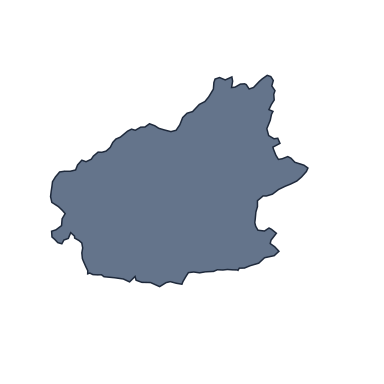 Pachna, Limassol, Cyprus, rotated 229°
{"feature_id": "46923920B95512444648748", "entity_name": "Pachna", "entity_type": "district", "adm_level": 2, "iso_a3": "CYP", "parent_name": "Cyprus", "parent_adm1": "Limassol", "projection": "equal_earth", "projection_center": [32.786, 34.766], "detail": "fine", "context": "isolated", "style": "filled", "palette": "slate", "viewbox_px": 384, "rotation_deg": 229, "n_neighbors": 0, "source": "geoboundaries", "source_scale": "gbopen_adm2", "svg_char_len": 2222}
<svg xmlns="http://www.w3.org/2000/svg" viewBox="0 0 384 384"><g transform="rotate(229 192 192)"><path d="M102.7,175.3L103.5,177.7L100.2,181.7L98.2,187.6L94.5,195.7L94.8,203.6L90.0,212.3L90.2,218.7L96.3,218.5L101.8,217.2L103.8,220.0L104.7,224.6L105.5,228.6L111.7,227.5L114.3,226.5L115.0,221.1L119.9,216.7L124.4,217.6L127.7,219.3L130.2,222.1L135.0,227.1L138.0,231.8L142.5,235.7L142.4,243.1L140.2,245.5L137.6,251.3L137.1,259.1L135.2,266.1L133.3,271.6L131.5,278.3L131.5,284.6L132.4,291.7L134.0,295.2L138.8,294.1L147.0,289.1L152.5,288.9L155.9,287.5L157.9,281.9L159.9,278.6L164.7,279.4L170.7,281.5L172.8,282.5L171.0,290.3L176.3,292.0L178.4,288.8L184.3,286.9L190.7,290.0L194.8,298.1L198.5,303.0L199.7,306.0L203.7,304.1L206.0,309.3L207.5,314.4L212.1,317.8L214.0,321.1L219.7,321.8L222.8,326.5L227.4,327.2L230.7,325.3L231.3,319.2L231.3,315.4L230.5,307.0L232.3,302.7L237.5,303.4L239.1,302.7L241.7,299.3L242.9,293.2L244.9,290.4L249.0,295.4L252.4,297.4L252.7,297.6L254.8,290.6L260.3,287.9L262.1,283.5L260.3,280.4L255.6,275.6L253.3,268.5L252.8,266.9L251.8,261.1L253.3,255.0L252.3,245.2L254.7,240.0L254.3,233.8L250.7,226.9L249.0,220.5L251.4,215.7L256.9,211.9L261.9,208.7L266.4,207.4L271.4,204.7L271.9,199.1L274.6,195.8L275.8,189.7L279.1,187.6L280.2,183.3L280.3,178.5L280.4,174.0L281.9,169.3L281.4,164.8L279.3,159.6L279.2,154.1L281.1,150.0L283.7,147.3L283.8,141.1L282.8,137.5L284.4,131.9L288.3,129.7L287.5,123.4L285.0,118.6L287.6,113.6L291.3,109.4L294.0,105.2L293.7,103.5L293.0,99.0L291.3,93.5L287.7,89.5L285.0,86.3L281.3,82.2L276.1,79.4L268.7,81.6L263.0,82.1L258.9,82.1L257.0,76.4L252.2,71.5L252.7,64.5L254.5,60.3L251.6,58.1L249.9,56.8L246.3,57.3L241.8,57.5L238.3,59.8L239.8,63.8L238.1,68.2L240.9,73.8L235.8,74.4L234.2,73.2L229.4,74.9L225.9,75.4L221.5,72.8L218.3,68.9L213.7,65.6L211.5,64.8L205.4,62.9L201.0,61.7L198.7,59.6L197.8,61.7L194.7,63.0L191.6,66.2L188.9,69.4L185.8,70.0L177.9,77.5L171.4,83.1L165.1,85.9L165.6,93.6L162.1,91.9L156.7,94.9L150.9,101.3L141.8,105.5L140.6,113.0L138.6,116.8L133.4,120.3L129.0,123.9L130.3,126.3L132.4,132.5L133.5,136.4L130.5,140.8L126.0,144.7L123.0,149.7L117.9,156.2L116.7,160.1L112.9,164.1L110.3,167.9L106.6,171.6L103.4,175.1L102.7,175.3Z" fill="#64748b" stroke="#1e293b" stroke-width="1.5"/></g></svg>